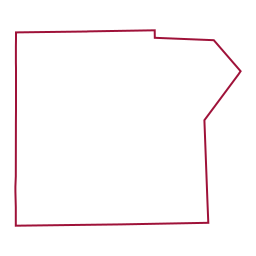 the district of Lawrence, Pennsylvania, United States of America
{"feature_id": "52423323B652834894573", "entity_name": "Lawrence", "entity_type": "district", "adm_level": 2, "iso_a3": "USA", "parent_name": "United States of America", "parent_adm1": "Pennsylvania", "projection": "orthographic", "projection_center": [-80.414, 40.99], "detail": "fine", "context": "isolated", "style": "outline", "palette": "rose", "viewbox_px": 256, "rotation_deg": 0, "n_neighbors": 0, "source": "geoboundaries", "source_scale": "gbopen_adm2", "svg_char_len": 482}
<svg xmlns="http://www.w3.org/2000/svg" viewBox="0 0 256 256"><path d="M240.6,71.2L213.8,40.2L154.8,37.8L154.7,30.3L87.5,31.4L87.2,31.5L16.0,32.4L16.0,38.9L15.9,46.3L15.9,49.5L15.9,56.7L15.9,62.8L16.0,67.8L16.0,70.0L16.0,70.6L16.0,77.3L16.0,109.9L15.9,123.9L15.9,129.6L15.8,176.4L15.4,186.6L15.4,189.6L15.4,190.8L15.4,191.1L15.4,191.4L15.8,207.2L15.8,225.7L120.7,224.4L208.3,222.8L207.4,200.4L204.4,120.2L238.6,74.2L240.6,71.2Z" fill="none" stroke="#9f1239" stroke-width="2"/></svg>